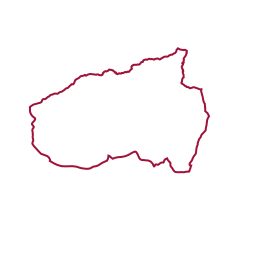 outline of Viracachá, Boyacá, Colombia, rotated 149°
{"feature_id": "7082276B30713394717050", "entity_name": "Viracachá", "entity_type": "district", "adm_level": 2, "iso_a3": "COL", "parent_name": "Colombia", "parent_adm1": "Boyacá", "projection": "orthographic", "projection_center": [-73.275, 5.447], "detail": "fine", "context": "isolated", "style": "outline", "palette": "rose", "viewbox_px": 256, "rotation_deg": 149, "n_neighbors": 0, "source": "geoboundaries", "source_scale": "gbopen_adm2", "svg_char_len": 5806}
<svg xmlns="http://www.w3.org/2000/svg" viewBox="0 0 256 256"><g transform="rotate(149 128 128)"><path d="M201.3,196.5L202.1,195.0L202.9,193.8L203.5,192.5L203.9,191.3L204.0,189.7L204.0,188.5L203.6,186.7L202.7,184.4L202.9,183.5L203.4,183.0L203.9,182.9L204.7,182.4L205.2,182.3L207.3,181.6L207.9,181.3L208.2,181.0L208.4,180.6L208.1,178.3L208.2,177.6L208.6,177.0L209.9,176.5L210.6,176.0L210.9,175.7L211.4,174.9L211.9,173.5L212.5,172.3L213.3,170.8L214.3,169.5L214.6,169.0L214.9,168.1L215.0,167.7L215.4,166.5L215.7,166.0L216.0,165.7L216.6,165.4L217.0,165.1L217.7,164.1L218.1,163.8L218.0,161.1L217.8,160.0L216.5,153.6L216.3,152.7L215.9,151.0L215.6,150.3L215.3,149.9L214.8,149.5L212.6,146.7L211.5,145.2L211.0,143.1L211.0,142.1L211.3,140.6L212.0,140.0L209.4,135.4L207.4,132.5L204.7,129.6L203.3,128.6L202.5,128.1L201.3,127.3L197.6,125.2L195.3,123.9L192.0,121.3L190.3,119.3L188.7,117.6L185.6,115.1L184.1,114.1L181.8,113.0L180.2,112.8L178.0,112.8L177.5,112.7L175.3,111.8L172.9,111.3L168.2,111.4L164.0,111.0L162.7,110.8L162.5,111.1L162.0,111.4L161.4,111.7L160.6,112.4L159.8,113.2L159.0,114.4L158.6,113.9L158.3,113.5L157.5,110.9L156.9,109.5L156.4,109.4L154.7,109.2L151.8,108.2L147.7,106.2L144.6,105.2L141.3,104.7L136.4,104.6L134.2,104.2L133.5,103.5L133.3,102.2L133.3,100.4L133.7,97.5L133.8,95.8L133.5,94.8L133.0,93.9L132.2,93.1L131.2,92.5L127.3,89.6L125.8,87.5L125.2,84.6L125.6,82.2L125.6,82.3L125.5,81.9L125.4,81.6L125.1,81.6L124.7,81.7L123.8,82.3L123.4,82.5L123.0,82.5L122.6,82.3L121.9,81.7L121.8,81.4L121.1,81.0L120.3,81.0L118.3,81.3L117.5,81.2L117.1,81.1L116.4,80.8L115.6,80.2L115.0,80.3L113.9,81.3L112.7,81.9L111.6,82.0L110.1,81.8L110.3,80.9L110.3,80.1L110.2,79.3L110.0,77.5L109.7,77.0L109.6,76.7L109.9,75.7L110.3,75.2L110.9,74.1L111.1,73.5L110.8,70.6L110.8,68.7L110.6,67.3L110.3,66.3L110.1,66.0L109.9,65.8L108.9,65.0L106.8,63.7L105.6,63.0L104.4,62.4L103.3,61.5L102.1,61.0L101.0,60.7L97.9,59.2L96.3,60.6L95.5,61.2L93.8,62.8L93.2,63.3L93.7,63.7L94.2,64.3L93.5,65.8L90.4,67.1L89.3,67.7L88.4,68.5L87.0,69.4L85.4,70.2L84.8,70.4L83.7,70.8L83.0,71.3L82.2,72.1L80.3,74.7L79.6,75.4L78.5,76.7L77.4,77.4L76.7,78.0L75.8,79.4L73.4,81.3L72.5,82.0L71.1,82.4L70.4,82.8L69.3,83.7L68.2,84.4L62.8,85.9L60.7,88.5L59.3,89.9L56.1,94.0L54.5,95.3L52.6,96.3L52.4,96.5L52.4,97.7L52.2,99.0L52.2,99.7L53.1,102.7L52.0,104.5L49.7,109.2L49.7,111.2L49.1,113.2L47.9,116.5L46.4,121.8L46.0,122.4L45.2,123.1L45.1,123.4L45.8,123.6L46.5,124.2L47.1,124.9L47.7,125.8L48.4,126.5L48.6,126.9L49.6,128.0L50.0,128.5L50.7,129.2L53.0,129.7L54.6,130.3L54.8,131.2L55.2,131.8L55.7,132.3L56.1,132.5L56.6,132.9L56.8,134.0L57.4,134.6L58.0,136.5L58.7,138.0L58.8,138.3L59.1,138.5L58.9,139.4L58.7,139.5L58.4,139.6L57.7,140.1L56.8,141.5L56.2,141.9L55.6,142.5L55.3,142.6L54.4,142.6L54.2,142.7L54.0,143.0L53.5,144.2L53.1,144.8L52.9,145.3L52.6,147.2L51.6,147.9L51.6,148.1L51.9,148.3L51.9,148.5L51.6,148.7L51.2,148.9L50.9,149.2L50.9,149.8L51.1,150.2L51.1,150.5L50.9,150.9L50.7,151.1L50.7,151.9L50.6,152.3L50.5,152.7L50.0,153.2L48.6,153.8L48.1,154.2L47.9,154.6L48.2,155.4L48.0,155.6L47.7,155.8L46.8,155.3L46.5,155.4L46.1,156.6L46.0,156.8L45.5,157.0L45.1,157.4L44.7,158.7L44.5,158.9L44.2,158.9L43.8,159.2L42.1,160.0L41.3,160.3L40.2,161.0L39.7,161.5L39.5,162.0L39.4,162.1L39.2,162.0L38.9,162.2L38.7,162.4L38.5,163.3L38.3,163.5L37.9,163.7L38.6,165.4L38.8,165.5L39.7,166.1L40.1,166.1L42.9,168.4L43.9,170.2L44.2,170.5L44.4,170.3L44.7,170.2L45.5,170.2L46.1,170.0L46.7,169.2L47.3,168.7L48.7,168.1L49.4,168.0L50.2,168.3L51.3,168.1L52.4,168.1L53.0,168.4L53.2,168.7L55.5,169.0L56.7,168.7L57.4,168.8L57.6,168.9L58.2,169.4L58.6,169.6L59.8,170.3L61.4,170.5L62.4,170.3L63.4,170.6L64.5,170.3L65.1,170.3L65.6,170.5L65.9,171.1L66.8,172.3L67.8,172.7L69.1,173.2L69.4,173.3L70.1,173.1L70.5,173.2L70.6,173.3L70.8,173.7L71.2,174.1L72.1,174.9L72.5,175.1L73.3,175.4L74.1,176.4L74.5,176.6L76.4,176.6L76.9,177.0L77.2,177.4L77.9,177.8L78.6,177.8L79.7,178.1L80.0,178.1L80.4,177.7L80.8,177.2L81.0,177.1L81.5,177.1L82.3,177.5L83.0,177.5L83.8,177.1L85.4,176.6L86.3,176.9L86.7,177.1L86.9,177.5L88.3,177.8L88.8,178.1L89.3,178.6L90.3,179.1L90.6,179.0L90.8,179.1L91.0,179.3L92.1,179.1L92.6,179.2L92.8,179.1L93.3,178.7L93.7,178.5L94.0,177.6L94.1,176.9L94.3,176.7L95.4,176.6L97.8,175.9L98.0,175.7L98.3,175.7L98.5,175.8L99.3,176.5L100.3,176.5L100.8,176.6L101.1,177.2L101.6,177.5L103.7,177.6L103.9,177.6L104.7,178.3L105.2,178.4L105.8,178.2L106.1,178.3L106.7,178.9L107.3,179.1L107.5,179.5L108.0,179.5L109.1,179.5L109.4,179.6L110.1,180.7L110.0,181.2L109.7,181.5L109.8,181.7L110.3,181.7L110.4,181.8L110.6,182.3L110.4,182.7L110.4,183.0L110.9,183.6L111.1,184.9L111.7,185.3L111.8,185.9L112.1,186.2L112.8,186.6L113.6,187.4L114.0,187.8L114.5,187.7L115.4,187.3L116.3,187.5L116.9,187.5L117.4,187.6L117.9,188.2L118.1,188.3L119.1,188.5L119.9,188.4L120.1,188.3L120.3,188.0L120.5,187.9L121.3,188.0L122.2,186.9L123.1,186.8L123.4,186.8L123.7,187.2L124.4,187.4L125.0,187.7L125.4,188.2L125.9,189.1L126.1,189.4L126.4,189.6L127.3,189.9L128.1,190.2L129.5,191.5L130.3,191.9L131.4,193.0L132.8,193.8L133.3,194.1L134.1,194.2L135.0,194.5L135.8,194.5L136.4,194.4L136.9,194.5L137.3,194.7L137.5,195.6L137.8,195.8L138.4,195.7L139.7,195.9L141.3,196.6L142.2,196.7L144.3,196.2L144.9,196.2L147.7,196.4L148.2,196.3L148.5,196.0L149.2,195.8L149.5,195.6L150.4,194.7L151.2,194.2L151.8,193.9L152.5,193.7L152.8,193.8L153.4,194.4L153.8,194.6L154.2,194.6L155.2,194.1L155.7,194.1L156.3,194.1L158.2,193.5L159.2,193.4L160.6,193.8L161.3,193.8L162.8,193.4L164.2,193.4L165.3,193.2L167.3,193.6L168.1,193.8L169.1,193.8L170.3,193.6L170.9,193.7L172.2,194.7L173.2,195.3L175.6,195.6L176.5,196.0L177.6,196.2L179.3,195.7L180.6,195.9L181.6,195.7L182.2,195.7L183.4,195.4L184.1,195.5L185.6,196.3L186.2,196.4L186.8,196.3L187.6,195.8L188.7,194.9L189.3,194.8L190.7,195.0L192.0,195.4L197.1,196.8L199.3,196.7L201.3,196.5Z" fill="none" stroke="#9f1239" stroke-width="2"/></g></svg>